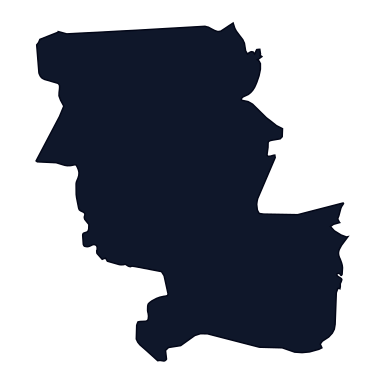 SVG path tracing the border of Jizzakh
{"feature_id": "UZB-370", "entity_name": "Jizzakh", "entity_type": "Region", "adm_level": 1, "iso_a3": "UZB", "parent_name": "Uzbekistan", "parent_adm1": "", "projection": "albers", "projection_center": [67.735, 40.342], "detail": "fine", "context": "isolated", "style": "filled", "palette": "ink", "viewbox_px": 384, "rotation_deg": 0, "n_neighbors": 0, "source": "natural_earth", "source_scale": "10m", "svg_char_len": 3945}
<svg xmlns="http://www.w3.org/2000/svg" viewBox="0 0 384 384"><path d="M339.6,222.6L333.5,224.3L330.4,226.5L334.3,230.8L341.1,235.0L346.5,237.0L347.9,236.7L341.5,245.3L339.2,249.6L338.6,251.8L338.5,253.2L338.6,254.5L338.8,255.6L339.4,257.5L339.9,258.5L340.0,258.7L340.3,259.4L341.6,263.0L342.1,264.9L342.3,265.9L342.5,267.8L342.1,274.3L341.5,275.3L341.0,275.4L340.5,274.6L339.9,273.9L339.1,273.4L338.1,273.3L336.9,274.0L336.8,274.8L337.1,275.6L337.8,276.3L340.5,278.0L341.3,278.6L341.8,279.4L341.6,280.5L341.1,281.9L340.3,283.6L340.3,286.7L339.9,288.7L339.6,288.5L337.8,288.4L336.3,292.7L335.1,324.4L334.3,329.2L332.3,333.1L328.7,337.0L322.3,341.2L320.2,344.1L320.8,345.3L321.9,347.8L318.9,349.3L309.6,351.9L302.1,352.6L294.6,352.1L282.2,347.8L259.4,347.2L207.5,333.8L200.4,333.7L194.8,335.5L180.7,345.6L168.5,347.5L165.5,350.4L166.5,359.1L166.0,359.8L165.4,360.4L164.7,360.8L163.9,361.0L160.0,360.4L157.7,360.7L146.3,350.4L139.9,344.8L137.8,342.2L136.3,339.0L136.7,325.3L137.2,323.8L138.0,321.9L140.1,321.5L144.7,321.3L146.0,321.2L147.3,320.6L148.0,319.7L148.3,318.5L148.5,316.2L148.4,315.0L148.1,313.0L147.8,312.0L147.6,310.7L147.6,308.9L147.7,306.0L148.0,304.7L148.4,303.8L149.6,302.6L151.9,300.9L156.6,298.4L159.9,297.2L164.0,296.3L165.2,296.2L167.5,295.6L168.1,294.0L164.1,275.7L161.5,271.6L135.4,266.6L131.9,266.1L130.4,266.7L129.0,266.4L127.9,265.9L125.5,264.3L124.5,264.4L123.4,264.7L121.0,264.8L119.3,264.6L107.4,261.2L105.6,258.1L104.9,258.4L104.2,258.5L102.2,259.3L97.0,253.4L96.8,252.3L96.7,250.7L97.2,249.4L97.1,246.8L96.4,245.5L95.3,244.8L94.2,244.6L93.2,244.6L92.5,244.8L89.6,246.2L88.6,246.5L87.5,246.7L86.2,246.6L84.4,246.2L83.7,245.3L83.3,244.3L82.7,235.4L82.8,234.4L83.2,233.5L84.0,233.0L86.8,232.1L87.6,231.5L88.1,230.9L88.7,229.1L88.9,224.5L84.8,219.4L84.3,217.8L84.4,216.4L84.8,215.3L84.9,213.9L84.4,213.0L83.7,212.3L80.6,210.8L79.4,209.9L78.9,208.9L78.6,207.9L76.6,197.7L76.2,194.4L76.1,185.1L76.1,183.8L76.3,182.5L76.6,181.4L77.9,178.4L78.8,175.5L79.0,172.8L78.7,170.9L78.1,169.0L77.0,166.5L76.3,165.3L75.4,164.7L74.6,164.8L70.6,165.6L67.2,165.7L64.8,165.3L62.4,164.6L56.2,162.7L37.3,161.8L36.1,160.9L59.5,116.5L63.8,106.1L60.6,100.2L59.3,96.7L59.0,95.8L59.1,92.5L59.5,89.0L59.6,87.0L59.5,85.6L59.2,84.7L58.7,84.0L57.9,83.3L44.5,79.4L42.4,78.3L41.5,77.6L40.3,76.1L39.5,74.4L39.1,73.5L38.9,72.4L36.7,44.9L38.6,42.5L39.9,39.4L58.1,32.2L58.2,31.6L60.6,32.2L66.7,33.9L83.9,33.0L98.4,32.3L120.0,31.1L135.9,30.3L154.8,29.2L166.8,28.5L186.1,27.4L205.0,26.3L206.7,26.8L208.4,27.2L211.5,28.9L214.6,30.5L216.3,31.1L217.9,31.6L219.3,31.4L220.7,31.2L225.0,28.4L229.3,25.5L231.2,24.3L233.1,23.0L234.0,25.8L234.9,28.6L235.1,28.8L235.7,30.0L236.3,31.1L239.5,35.4L242.8,39.7L243.6,41.5L244.4,43.2L245.0,47.0L245.6,50.8L246.5,52.4L247.5,54.0L248.4,53.3L249.3,52.6L250.3,52.1L251.2,51.7L252.1,51.8L253.0,51.9L253.8,53.0L254.6,54.0L255.6,51.8L256.7,49.6L258.2,49.4L259.8,49.3L260.1,51.4L260.4,53.4L260.4,53.7L260.5,53.9L260.3,54.8L260.1,55.7L260.8,55.9L261.5,56.2L261.7,56.4L261.9,56.6L260.2,57.8L258.5,59.1L257.9,59.4L257.3,59.7L257.9,60.1L258.5,60.4L258.8,60.9L259.2,61.3L259.8,62.5L260.4,63.6L260.4,66.4L260.4,69.2L259.7,72.6L259.0,75.9L257.9,79.1L256.8,82.3L255.7,84.9L254.5,87.5L253.7,88.7L252.9,90.0L251.8,91.3L250.7,92.5L249.5,93.5L248.2,94.5L245.6,95.7L243.0,96.9L242.4,97.5L241.7,98.1L241.4,98.9L241.2,99.7L241.7,100.0L242.2,100.4L245.2,101.0L248.1,101.6L250.4,102.9L252.6,104.2L259.5,111.0L266.3,117.7L271.4,121.6L276.4,125.6L282.5,128.7L282.2,136.7L280.2,138.8L272.0,140.2L270.0,140.7L269.2,141.1L268.5,141.7L268.1,142.7L268.0,147.4L267.0,154.7L267.4,155.7L268.2,156.4L270.7,156.1L273.4,155.3L274.8,155.1L275.2,157.6L257.7,198.5L257.1,201.2L256.7,204.3L257.3,209.7L257.9,211.2L258.8,212.8L259.4,213.5L263.5,214.1L297.7,214.7L342.6,203.1L343.3,203.1L343.5,203.6L342.7,204.9L342.0,205.9L341.4,207.0L340.8,208.4L338.8,215.9L338.2,217.3L337.7,219.0L339.5,222.5L339.6,222.6Z" fill="#0f172a" stroke="#020617" stroke-width="1.5"/></svg>